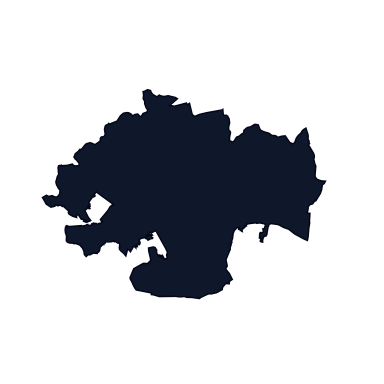 outline of Slava Cercheza, Tulcea, Romania, rotated 322°
{"feature_id": "2599482B87886989581209", "entity_name": "Slava Cercheza", "entity_type": "district", "adm_level": 2, "iso_a3": "ROU", "parent_name": "Romania", "parent_adm1": "Tulcea", "projection": "albers", "projection_center": [28.562, 44.879], "detail": "fine", "context": "isolated", "style": "filled", "palette": "ink", "viewbox_px": 384, "rotation_deg": 322, "n_neighbors": 0, "source": "geoboundaries", "source_scale": "gbopen_adm2", "svg_char_len": 5990}
<svg xmlns="http://www.w3.org/2000/svg" viewBox="0 0 384 384"><g transform="rotate(322 192 192)"><path d="M164.8,287.2L166.6,285.4L169.9,285.7L171.2,279.4L171.1,273.9L171.7,273.0L174.2,272.0L177.1,266.2L187.0,260.6L187.6,259.5L190.3,257.7L189.8,257.0L192.3,256.4L193.0,255.1L195.2,253.7L198.9,250.0L201.6,248.4L205.3,247.9L207.2,248.7L207.0,249.2L206.6,249.3L205.8,250.2L206.7,250.8L206.4,252.1L207.4,253.1L207.1,253.6L207.3,254.0L207.7,253.1L208.7,252.4L211.9,252.3L213.0,251.8L212.6,251.4L213.0,251.2L214.0,252.2L214.3,251.5L215.1,251.1L217.6,252.1L223.2,255.5L223.8,256.6L226.2,257.9L229.7,261.9L229.4,263.4L226.9,265.0L226.0,265.3L225.1,264.7L223.9,267.3L222.3,267.3L220.9,266.0L220.0,266.3L216.8,269.8L217.7,271.2L215.5,272.8L215.7,273.6L216.8,275.0L218.0,273.4L220.8,271.4L223.6,272.2L224.7,271.6L230.1,266.6L231.7,265.8L232.6,264.8L235.0,265.7L239.3,270.1L240.5,271.9L242.2,276.0L245.3,280.9L247.1,288.3L251.3,297.9L253.1,301.2L255.8,298.9L261.7,292.5L265.8,288.7L266.4,287.5L271.8,281.4L269.4,279.3L271.3,278.4L273.3,276.6L273.8,275.7L275.6,274.8L277.5,274.6L279.7,275.6L283.9,274.4L284.2,274.6L283.8,275.0L284.0,275.2L292.1,272.2L295.3,270.2L299.1,266.6L301.4,266.7L303.8,265.6L300.9,263.0L299.2,260.5L298.2,258.5L298.4,256.0L299.2,254.6L305.5,247.8L306.2,245.1L308.2,241.1L310.2,239.5L311.0,238.0L311.6,236.4L312.6,228.4L312.5,226.9L314.5,226.1L314.4,225.2L315.4,224.3L316.2,221.3L317.3,220.4L318.7,218.3L321.1,211.8L318.3,211.5L316.4,211.7L313.9,212.7L310.5,212.9L307.4,213.8L303.5,216.2L301.3,216.4L299.5,213.3L300.0,205.1L297.1,203.3L293.3,201.8L292.8,199.8L292.0,198.5L289.8,196.7L288.9,193.2L285.6,188.6L284.2,185.8L284.2,184.3L285.5,179.7L283.1,177.3L278.2,176.7L275.9,175.5L274.7,175.2L270.9,175.4L269.2,177.2L266.4,176.9L263.7,177.1L260.9,176.2L257.4,177.5L255.0,177.9L253.3,175.0L253.7,173.9L255.7,171.6L258.9,168.9L259.3,167.8L259.2,165.6L259.5,165.1L261.3,162.9L264.1,160.8L266.2,157.3L266.8,154.1L266.3,152.7L264.2,151.0L264.3,150.2L267.1,145.9L266.3,145.9L252.2,138.5L245.9,135.6L240.3,134.0L240.5,133.7L239.9,131.0L244.6,120.6L241.9,120.3L242.4,118.5L231.0,113.6L227.7,110.0L237.9,109.5L237.0,107.2L232.4,101.4L229.0,99.7L226.9,97.5L225.8,95.4L223.8,95.5L222.8,95.1L221.3,91.4L221.1,90.2L221.2,88.1L221.8,86.5L219.9,84.0L216.9,83.5L215.3,82.8L213.5,85.9L211.0,88.4L210.6,91.3L209.1,93.3L207.8,97.0L207.5,100.3L205.6,101.2L201.7,100.0L198.2,101.4L197.4,99.7L197.4,97.7L196.9,96.9L194.5,95.7L192.1,95.6L192.0,93.2L190.9,90.6L189.4,89.2L186.4,87.7L182.5,87.9L176.5,90.0L169.5,87.9L168.6,87.3L168.5,86.7L167.7,87.0L165.3,86.4L164.3,86.6L161.9,88.5L161.2,89.4L161.1,90.3L160.2,91.0L159.7,92.6L157.7,93.9L156.1,94.0L154.9,93.0L153.8,92.9L152.7,93.4L151.4,95.1L149.8,95.3L144.7,95.0L143.0,91.7L141.8,90.3L138.5,89.0L137.4,88.9L131.7,90.2L130.2,90.0L130.0,89.4L127.0,90.0L123.7,90.0L120.5,91.8L120.3,94.3L120.8,95.7L120.6,97.4L120.9,99.5L119.1,101.8L115.9,99.4L115.0,98.1L114.9,96.3L110.3,94.3L105.8,91.3L105.7,90.6L105.0,90.8L104.6,89.9L103.0,89.2L101.5,90.3L97.6,96.2L95.6,96.8L90.9,100.3L89.7,103.0L89.0,107.1L89.2,109.3L86.6,112.0L84.2,112.7L82.6,112.7L81.6,112.3L80.1,110.1L79.7,108.9L76.0,107.0L75.4,105.0L70.8,104.3L69.7,111.9L71.5,117.1L75.2,118.8L76.1,118.0L76.6,118.2L77.9,120.4L79.1,120.6L80.2,121.5L81.0,123.6L81.8,123.3L82.6,124.7L82.0,124.9L83.2,131.2L82.0,131.9L81.5,133.5L81.8,134.6L83.1,137.7L85.4,141.0L86.0,139.9L87.6,139.3L88.4,139.9L88.0,145.2L91.3,148.7L90.9,150.6L88.2,147.6L90.1,150.9L94.6,152.2L94.7,147.9L96.2,140.5L100.2,140.5L100.5,140.7L100.6,141.9L101.3,142.1L100.9,139.4L101.4,139.7L101.9,140.9L102.6,140.8L102.5,139.2L103.2,139.1L103.5,140.1L103.7,138.5L104.1,138.5L104.0,136.7L111.3,134.4L111.4,135.3L113.2,135.4L113.3,133.9L116.6,132.9L122.0,152.0L122.3,151.9L122.6,153.0L122.6,153.7L122.3,153.7L121.2,153.6L120.8,153.1L118.4,153.2L114.3,154.8L102.9,157.3L102.6,159.1L103.2,159.3L103.3,160.2L102.8,160.4L102.3,160.1L100.7,160.7L99.6,159.5L97.4,159.2L97.1,157.6L95.6,156.8L95.5,156.0L93.5,155.4L92.9,156.4L89.6,154.6L89.9,153.4L88.9,152.9L87.8,153.0L83.3,150.6L83.1,150.4L83.7,150.1L73.9,143.6L72.6,141.4L72.0,141.4L73.1,142.6L72.4,142.4L71.7,143.1L71.1,142.2L70.3,142.2L68.7,143.8L67.2,146.2L66.1,149.4L63.0,153.0L62.9,154.7L64.1,156.8L66.4,158.7L67.4,160.3L68.6,160.9L70.9,164.7L71.2,168.8L70.3,172.3L68.7,175.0L68.9,177.7L71.4,177.4L73.0,178.7L76.7,179.4L79.5,182.1L80.2,181.4L81.5,181.8L83.0,181.3L85.6,178.9L89.8,178.5L90.1,179.1L90.7,178.6L91.7,178.9L93.5,178.0L94.5,179.2L98.1,181.7L99.2,182.0L100.0,182.6L100.1,183.2L100.6,183.0L101.5,184.7L102.0,186.4L103.3,187.9L102.0,189.8L101.4,190.1L101.0,191.1L100.5,191.1L99.6,192.6L99.7,194.9L100.4,198.2L100.5,201.6L105.4,197.9L105.7,197.3L106.3,197.6L106.7,199.4L106.7,201.2L111.9,199.1L112.7,199.3L113.2,200.0L113.3,201.0L113.7,200.1L114.2,200.1L113.8,200.7L114.0,200.9L114.7,199.8L115.3,200.4L115.0,201.0L115.3,201.3L115.7,200.2L116.9,200.4L118.4,199.8L118.4,201.0L119.5,200.4L120.2,199.3L120.6,197.6L122.1,197.0L123.6,197.3L127.6,199.3L126.9,200.0L127.9,201.9L127.7,202.9L130.4,203.3L132.1,204.2L132.3,203.7L132.7,203.8L132.5,203.2L132.6,202.1L133.5,201.3L134.2,201.6L134.2,200.7L133.5,199.9L132.1,200.1L132.1,199.6L128.8,199.1L128.8,198.5L132.8,198.3L133.6,197.7L134.7,197.8L134.5,199.1L139.7,200.1L136.5,220.5L135.8,223.3L134.9,225.4L134.0,225.4L133.1,226.1L132.0,228.6L131.0,228.9L130.9,228.5L129.0,228.1L129.7,223.4L129.6,223.0L128.7,228.1L128.4,228.0L128.0,225.9L128.5,222.4L127.8,224.2L127.6,223.7L127.9,221.2L126.9,223.0L126.3,221.0L126.6,220.2L126.0,219.7L126.9,218.0L126.8,217.7L128.4,216.1L128.7,213.0L127.7,211.5L123.3,209.4L121.6,211.8L118.1,219.4L117.3,220.5L112.8,221.0L109.8,218.3L98.9,216.6L90.4,221.4L89.6,223.2L89.5,224.9L88.1,230.7L87.7,234.1L87.9,235.0L97.9,246.6L96.8,247.8L98.2,249.1L101.9,254.3L115.1,264.3L116.6,266.0L119.4,268.3L121.5,269.4L123.3,272.1L126.6,274.6L132.4,280.6L133.7,280.4L140.4,281.9L142.6,282.6L144.6,284.2L149.5,286.5L155.8,287.5L156.9,286.3L158.1,285.7L162.2,284.9L164.8,287.2Z" fill="#0f172a" stroke="#020617" stroke-width="1.5"/></g></svg>